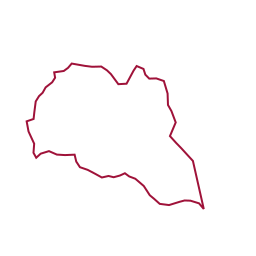 the district of Lagoa do Carro, Pernambuco, Brazil, rotated 199°
{"feature_id": "56859067B2234045348506", "entity_name": "Lagoa do Carro", "entity_type": "district", "adm_level": 2, "iso_a3": "BRA", "parent_name": "Brazil", "parent_adm1": "Pernambuco", "projection": "mercator", "projection_center": [-35.335, -7.857], "detail": "fine", "context": "isolated", "style": "outline", "palette": "rose", "viewbox_px": 256, "rotation_deg": 199, "n_neighbors": 0, "source": "geoboundaries", "source_scale": "gbopen_adm2", "svg_char_len": 920}
<svg xmlns="http://www.w3.org/2000/svg" viewBox="0 0 256 256"><g transform="rotate(199 128 128)"><path d="M30.0,76.1L55.9,118.0L63.1,121.9L70.8,126.1L77.9,129.7L85.7,134.0L84.7,148.8L92.4,158.1L97.7,162.8L101.8,173.5L109.4,184.1L117.4,184.1L124.0,181.6L129.0,184.1L132.6,188.9L140.0,189.4L141.4,184.1L143.8,169.4L151.4,166.3L161.7,173.4L166.7,175.7L173.3,177.4L181.9,174.2L189.0,172.7L202.2,170.6L204.3,165.3L207.3,161.0L215.9,156.6L213.3,151.8L214.6,146.5L219.1,139.6L220.2,133.5L222.5,129.2L223.9,123.1L221.7,112.4L220.2,105.8L226.0,101.3L220.9,92.3L211.6,82.6L209.3,73.8L205.1,70.0L202.2,75.3L195.2,80.4L186.6,79.7L178.7,81.9L169.8,85.4L166.0,79.4L160.7,75.3L152.5,75.3L144.1,74.0L136.6,72.7L130.8,76.3L125.5,76.8L120.2,80.4L116.2,84.2L111.1,82.6L104.6,82.4L94.2,78.3L85.5,71.5L80.2,69.5L73.3,66.6L64.1,68.5L55.2,75.0L50.9,77.9L45.3,79.6L36.3,79.9L30.0,76.1Z" fill="none" stroke="#9f1239" stroke-width="2"/></g></svg>